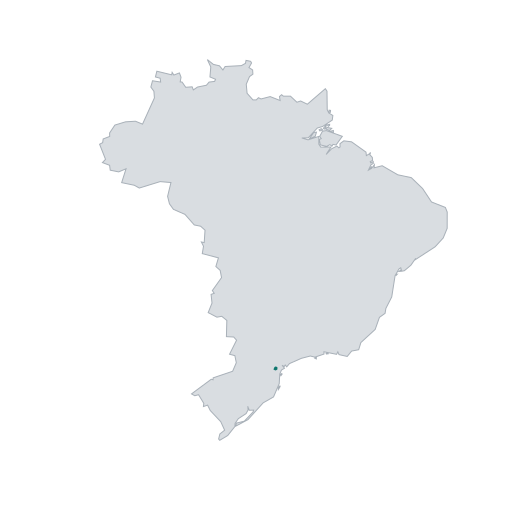 location of Mandirituba, Paraná, Brazil, rotated 14°
{"feature_id": "56859067B10797338801993", "entity_name": "Mandirituba", "entity_type": "district", "adm_level": 2, "iso_a3": "BRA", "parent_name": "Brazil", "parent_adm1": "Paraná", "projection": "mercator", "projection_center": [-49.327, -25.815], "detail": "fine", "context": "in_parent", "style": "filled", "palette": "teal", "viewbox_px": 512, "rotation_deg": 14, "n_neighbors": 0, "source": "geoboundaries", "source_scale": "gbopen_adm2", "svg_char_len": 4349}
<svg xmlns="http://www.w3.org/2000/svg" viewBox="0 0 512 512"><g transform="rotate(14 256 256)"><path d="M142.2,105.1L147.0,109.3L153.1,107.3L155.0,110.0L158.4,106.2L166.6,102.3L168.4,98.6L173.6,96.6L174.0,94.3L168.0,93.4L166.4,83.5L161.3,77.2L168.3,80.4L174.5,80.3L178.9,83.5L180.2,79.6L195.8,74.8L199.2,71.6L199.0,68.6L203.7,68.4L205.0,69.8L203.6,74.9L207.7,76.3L209.0,80.3L206.3,83.5L205.0,91.7L208.0,100.3L215.3,105.3L218.5,104.5L220.1,101.8L222.9,102.4L231.2,97.9L241.8,99.3L240.2,95.6L241.8,93.3L243.9,94.3L250.8,92.6L258.5,96.9L261.8,94.8L269.1,96.3L282.8,76.9L285.0,78.9L289.7,96.8L292.0,99.6L296.6,101.1L297.1,105.7L289.3,114.2L284.5,117.0L278.1,128.7L271.9,130.4L278.4,130.7L288.0,124.8L289.9,132.3L292.5,134.7L302.4,132.1L299.5,140.5L303.4,133.7L307.9,129.8L310.2,131.0L311.2,129.8L310.3,126.7L313.4,123.0L321.1,122.1L337.6,128.6L338.8,131.9L341.1,129.6L345.0,132.2L346.0,135.0L344.0,136.9L344.9,137.9L346.9,136.0L347.4,137.8L345.5,139.7L344.3,145.5L346.9,143.1L348.8,138.8L349.2,141.9L356.6,137.9L373.9,142.9L387.7,142.4L401.3,150.2L413.2,161.1L428.0,163.1L430.9,167.1L434.8,182.9L433.3,193.2L427.6,203.7L411.5,221.0L411.5,219.6L408.5,227.5L403.5,234.4L401.1,235.5L399.3,232.4L397.9,233.9L395.7,241.4L397.6,262.9L394.7,275.4L395.1,280.4L390.6,285.7L389.4,298.4L378.7,314.6L378.3,322.1L371.8,325.1L368.8,331.4L360.4,331.6L358.6,329.2L358.0,331.9L345.1,332.5L345.7,334.7L337.6,339.9L332.9,339.9L324.8,344.3L314.5,352.3L312.6,356.1L310.7,354.7L310.1,356.4L307.7,355.7L310.8,358.0L308.3,360.5L307.6,364.8L309.4,374.2L307.1,388.5L298.5,396.7L287.8,416.7L277.6,425.9L277.4,422.9L284.6,419.1L290.9,408.0L291.0,406.1L286.8,407.3L284.3,403.8L285.6,407.2L284.5,411.3L278.2,418.1L276.2,423.4L276.8,426.5L272.0,437.0L265.4,443.6L264.0,442.6L264.0,437.4L267.7,432.6L261.9,425.3L249.0,417.0L245.1,412.4L241.4,414.8L241.0,411.6L233.8,404.5L230.4,406.4L226.8,405.4L242.4,386.4L244.3,386.5L243.9,384.6L261.2,373.5L262.7,364.3L259.6,357.8L254.1,357.7L257.5,342.4L254.0,340.0L246.8,341.4L243.3,325.6L237.4,322.8L232.9,324.8L223.3,322.5L224.7,312.3L221.7,304.1L224.5,302.3L222.0,300.1L227.8,285.3L224.7,278.6L219.6,275.9L220.0,266.9L203.3,266.7L202.7,259.2L199.6,255.6L202.5,255.5L200.3,243.3L195.1,240.5L188.6,240.8L177.0,232.8L164.6,230.7L159.4,226.3L155.8,219.5L155.7,205.3L145.0,207.0L126.3,218.3L120.8,216.8L107.9,217.3L108.8,202.8L102.4,207.6L93.8,208.0L92.0,203.4L84.4,202.5L86.6,198.6L77.2,185.4L79.8,183.1L79.4,179.4L85.1,175.4L84.2,172.0L87.4,163.1L96.9,157.4L106.4,154.4L114.0,155.5L119.2,127.2L117.1,120.9L113.1,117.5L113.2,111.0L121.4,110.3L120.0,106.7L115.1,106.6L115.1,100.7L130.4,100.6L130.2,98.1L132.5,100.3L137.4,96.9L140.0,100.7L140.3,105.4L142.2,105.1ZM293.9,117.3L310.8,119.0L306.8,128.9L303.7,129.1L303.2,130.9L300.7,130.1L298.0,132.6L291.5,132.6L289.2,127.6L290.9,126.3L288.9,124.5L290.3,118.8L293.9,117.3ZM279.5,129.3L282.1,122.2L284.7,121.2L284.5,125.6L279.5,129.3ZM298.6,113.8L296.9,116.5L293.1,115.9L293.7,114.1L298.6,113.8ZM292.8,110.9L292.1,116.3L290.5,115.8L292.8,110.9ZM301.2,117.3L298.8,117.6L297.7,117.1L300.7,115.5L301.2,117.3ZM290.2,117.5L287.7,119.2L286.7,118.3L288.5,116.7L290.2,117.5ZM294.8,112.7L293.6,111.5L295.6,110.4L295.8,111.5L294.8,112.7ZM293.4,98.6L292.0,98.8L291.7,96.8L293.1,96.7L293.4,98.6ZM310.0,380.1L309.5,378.1L310.6,376.3L311.0,376.9L310.0,380.1ZM339.0,339.2L339.4,341.3L337.7,340.9L339.0,339.2ZM309.1,366.1L308.3,365.0L309.5,363.8L309.9,364.3L309.1,366.1ZM346.5,141.9L345.5,144.0L346.5,141.1L346.5,141.9ZM400.2,235.8L398.5,236.4L399.6,234.8L400.2,235.8ZM349.7,333.4L348.0,334.1L347.6,333.7L348.7,332.7L349.7,333.4ZM397.4,239.6L396.7,240.8L396.3,240.1L397.4,239.6ZM342.0,127.8L342.1,129.0L341.6,128.8L342.0,127.8Z" fill="#d9dde1" stroke="#a8b0b8" stroke-width="1"/><path d="M302.5,361.5L302.5,361.4L302.8,361.3L302.9,361.2L303.0,361.1L303.0,360.9L303.3,360.8L303.4,360.7L303.4,360.4L303.3,360.2L303.2,360.2L303.1,359.9L303.0,359.7L303.0,359.4L302.9,359.4L302.7,359.4L302.4,359.3L302.4,359.2L302.2,359.1L302.2,358.9L302.1,358.7L302.1,358.8L302.0,359.0L302.0,359.3L302.0,359.5L302.0,359.8L301.9,359.8L302.0,359.8L301.9,359.9L301.9,360.0L301.8,360.3L301.7,360.3L301.7,360.5L301.5,360.8L301.4,360.7L301.4,360.8L301.3,361.0L301.2,361.1L301.2,361.3L301.3,361.3L301.5,361.4L301.8,361.4L301.9,361.5L302.0,361.5L302.3,361.6L302.5,361.5L302.5,361.5Z" fill="#14b8a6" stroke="#0f766e" stroke-width="1.5"/></g></svg>